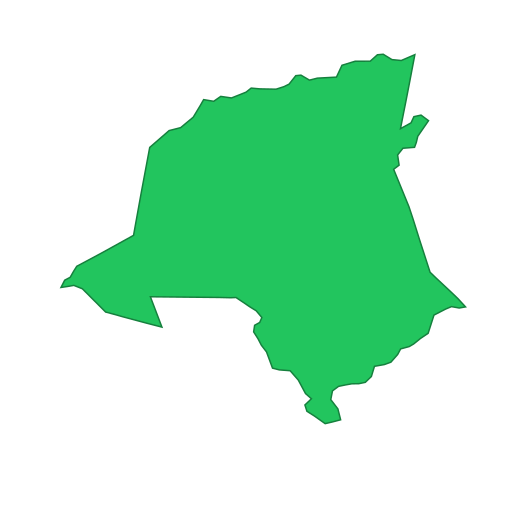 Timbaúba, Pernambuco, Brazil (Albers equal-area conic projection), rotated 170°
{"feature_id": "56859067B92944053188612", "entity_name": "Timbaúba", "entity_type": "district", "adm_level": 2, "iso_a3": "BRA", "parent_name": "Brazil", "parent_adm1": "Pernambuco", "projection": "albers", "projection_center": [-35.348, -7.521], "detail": "fine", "context": "isolated", "style": "filled", "palette": "green", "viewbox_px": 512, "rotation_deg": 170, "n_neighbors": 0, "source": "geoboundaries", "source_scale": "gbopen_adm2", "svg_char_len": 1561}
<svg xmlns="http://www.w3.org/2000/svg" viewBox="0 0 512 512"><g transform="rotate(170 256 256)"><path d="M183.8,113.5L176.9,112.4L170.3,112.6L163.3,117.3L158.5,126.8L148.5,126.8L141.6,128.0L133.6,134.4L129.7,139.4L120.8,140.2L116.0,142.0L108.4,146.2L99.9,150.0L91.0,166.9L78.5,170.8L72.3,172.2L64.9,169.5L58.5,169.5L64.5,178.9L69.9,186.3L82.3,202.8L87.4,209.8L92.1,243.5L94.9,265.0L96.8,277.9L105.4,317.5L99.3,320.6L99.0,330.9L92.6,336.6L81.0,335.5L78.4,340.0L75.9,345.8L62.6,359.3L69.0,366.1L76.3,365.8L80.2,360.2L91.6,356.3L86.2,370.3L82.3,380.3L75.5,398.0L64.6,426.7L71.0,425.2L79.0,423.3L88.0,425.8L95.7,432.6L101.5,433.1L109.7,428.0L124.6,430.6L138.2,428.9L145.7,418.2L164.7,420.5L172.8,419.9L180.3,426.3L185.5,426.7L193.6,419.5L199.2,417.9L207.3,416.8L223.1,419.9L231.6,422.2L237.3,419.1L243.9,417.7L252.7,415.9L263.0,419.3L270.8,415.7L280.4,419.1L284.8,413.8L293.7,403.6L307.9,395.5L319.8,394.6L341.8,381.4L358.3,337.5L368.6,309.6L373.0,297.6L408.6,285.4L434.3,277.0L438.2,272.7L442.7,267.3L448.6,265.4L453.5,258.9L446.4,258.7L440.5,258.7L432.7,253.9L413.8,226.9L404.1,222.4L398.0,219.4L375.7,209.0L361.0,202.3L367.1,234.2L299.6,221.6L288.2,219.3L282.9,218.6L278.1,214.0L270.9,207.0L265.3,202.0L260.9,194.4L263.9,189.9L269.4,188.0L271.5,181.7L268.4,174.2L266.2,167.2L262.3,159.7L259.2,142.7L252.8,139.8L242.3,137.1L235.9,126.5L231.1,111.9L226.2,105.8L233.7,100.8L232.8,94.2L226.4,88.4L217.0,78.9L209.7,79.3L201.1,80.0L201.9,91.2L207.3,101.6L204.1,109.9L197.3,113.3L190.2,113.5L183.8,113.5Z" fill="#22c55e" stroke="#15803d" stroke-width="1.5"/></g></svg>